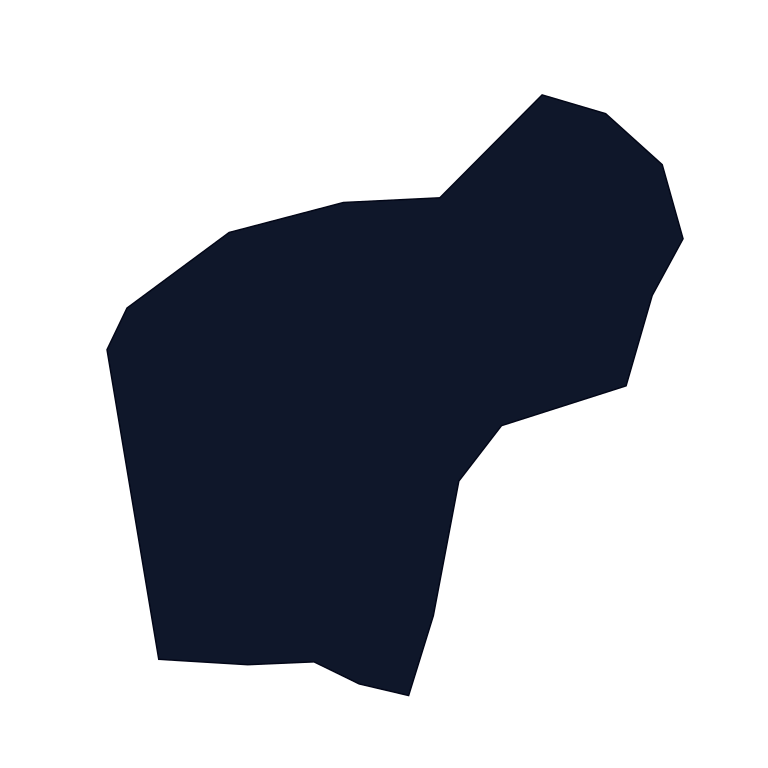 map outline of Ādaži (Mercator projection), rotated 187°
{"feature_id": "LVA-5754", "entity_name": "Ādaži", "entity_type": "Municipality", "adm_level": 1, "iso_a3": "LVA", "parent_name": "Latvia", "parent_adm1": "", "projection": "mercator", "projection_center": [24.362, 57.106], "detail": "fine", "context": "isolated", "style": "filled", "palette": "ink", "viewbox_px": 768, "rotation_deg": 187, "n_neighbors": 0, "source": "natural_earth", "source_scale": "10m", "svg_char_len": 405}
<svg xmlns="http://www.w3.org/2000/svg" viewBox="0 0 768 768"><g transform="rotate(187 384 384)"><path d="M321.6,77.8L372.1,83.3L419.6,99.7L485.0,88.8L574.0,83.3L663.1,384.3L648.3,428.1L556.2,515.5L446.4,559.2L351.3,575.6L262.3,690.2L196.9,679.3L134.6,635.6L104.9,564.6L128.6,504.6L143.5,411.7L262.3,357.0L297.9,296.8L306.8,160.0L321.6,77.8Z" fill="#0f172a" stroke="#020617" stroke-width="1.5"/></g></svg>